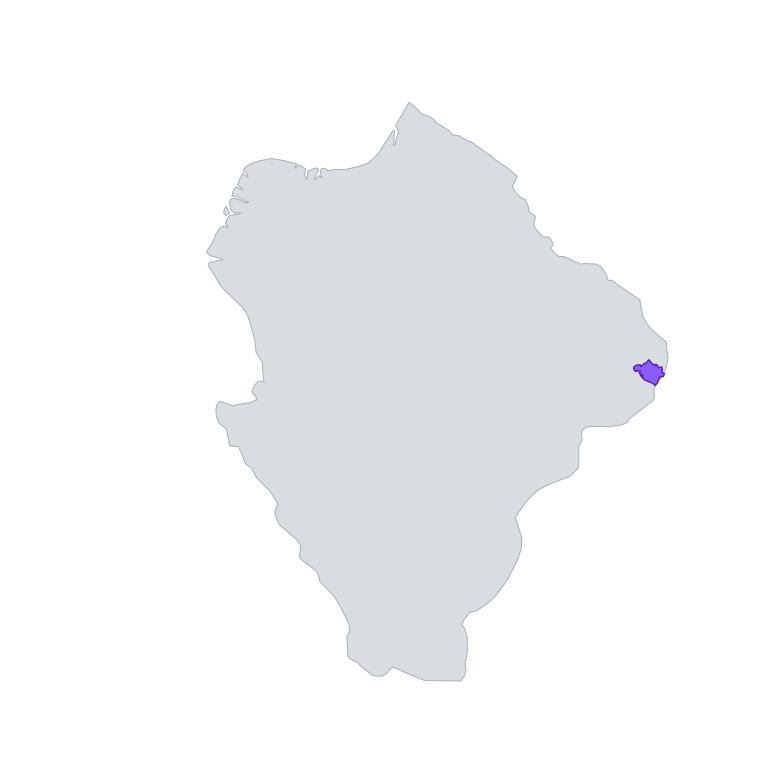 location of Tangaza, Sokoto, Nigeria, rotated 123°
{"feature_id": "59680162B53228015633193", "entity_name": "Tangaza", "entity_type": "district", "adm_level": 2, "iso_a3": "NGA", "parent_name": "Nigeria", "parent_adm1": "Sokoto", "projection": "natural_earth1", "projection_center": [5.031, 13.477], "detail": "fine", "context": "in_parent", "style": "filled", "palette": "violet", "viewbox_px": 768, "rotation_deg": 123, "n_neighbors": 0, "source": "geoboundaries", "source_scale": "gbopen_adm2", "svg_char_len": 5034}
<svg xmlns="http://www.w3.org/2000/svg" viewBox="0 0 768 768"><g transform="rotate(123 384 384)"><path d="M591.1,157.6L610.5,188.3L614.8,211.1L616.4,222.3L619.6,223.6L625.6,224.2L629.9,226.5L632.6,230.2L634.2,233.7L634.6,235.7L633.4,249.4L632.0,254.3L632.9,261.1L632.6,263.9L632.0,265.9L629.4,268.2L625.7,270.4L617.1,276.9L614.6,277.8L611.0,278.0L607.9,279.6L604.1,283.1L596.2,296.2L589.4,309.3L584.4,330.5L578.4,337.1L577.3,343.0L576.5,356.3L575.5,360.2L574.6,361.4L568.0,363.9L564.3,367.0L562.0,373.0L559.3,393.4L558.2,396.7L556.1,400.2L552.8,404.1L549.9,406.2L542.4,407.6L535.3,422.9L535.2,425.6L532.1,439.5L526.6,450.0L526.3,456.8L519.4,466.0L515.9,472.3L519.6,478.8L519.9,479.9L508.1,491.0L507.3,492.7L506.9,500.4L506.0,502.4L503.8,505.3L500.6,508.4L497.4,510.8L493.7,512.4L490.2,513.0L488.2,512.1L487.0,509.7L485.0,500.3L484.0,498.3L481.7,496.5L472.6,486.2L467.0,482.5L465.8,482.8L464.9,483.7L463.4,489.0L461.8,490.9L458.9,491.6L453.8,491.6L450.2,490.9L449.3,489.8L447.5,485.8L436.2,495.2L432.2,497.3L427.2,508.5L420.1,514.0L415.2,518.8L402.0,534.0L399.3,538.5L396.7,545.1L391.1,573.7L382.1,591.5L380.8,595.3L380.3,595.1L379.1,596.8L375.6,595.7L374.0,592.4L371.8,591.9L368.0,587.0L367.2,587.8L371.2,600.1L369.8,604.9L358.6,605.0L349.0,606.7L342.4,606.5L339.1,604.8L337.6,600.2L337.0,600.6L336.7,603.1L334.6,605.0L327.2,605.4L323.9,602.3L321.3,598.7L318.4,597.2L318.9,598.7L322.1,602.1L321.7,607.0L315.8,612.8L312.0,613.1L309.6,610.6L308.4,606.6L307.8,600.6L306.2,596.8L305.4,596.8L306.4,603.2L306.5,609.2L309.3,613.9L305.0,615.4L299.7,615.5L299.1,613.8L298.4,609.9L297.5,608.9L296.4,615.5L285.7,617.3L284.2,617.0L283.8,615.8L284.6,614.0L284.5,611.1L282.1,613.3L281.7,617.9L280.3,618.6L276.3,618.0L271.8,615.6L264.5,609.9L255.6,600.5L254.2,596.3L251.7,591.2L247.0,577.0L247.9,576.4L249.9,577.1L250.9,575.8L247.2,574.8L246.5,573.8L246.2,570.6L246.4,566.8L252.0,564.8L253.3,562.5L254.0,560.1L247.1,563.7L240.7,559.7L239.3,557.2L240.0,555.4L247.5,555.2L250.1,553.4L248.5,552.8L245.6,552.9L244.6,551.7L244.7,548.7L243.7,549.4L242.5,552.0L238.1,553.9L235.6,552.0L235.3,547.7L234.8,545.8L232.6,544.3L225.0,533.2L215.4,523.8L206.9,517.4L194.0,514.3L167.1,514.5L165.6,513.6L167.2,512.1L169.6,511.1L178.3,505.9L176.8,505.2L167.8,508.5L164.7,508.8L160.7,515.1L134.2,516.4L134.3,513.5L135.4,505.3L137.1,499.7L135.3,492.8L134.9,486.5L136.0,484.6L136.4,482.3L136.1,466.3L137.5,463.9L137.6,462.3L134.8,455.5L134.9,450.2L134.3,445.2L133.4,442.9L134.5,423.4L134.2,418.5L135.1,415.1L135.5,406.7L135.5,398.4L137.3,385.4L148.6,383.7L151.4,378.6L153.0,372.1L152.5,365.7L156.2,360.2L160.6,355.2L160.5,349.7L161.7,348.1L163.8,346.8L166.8,346.2L170.2,343.4L172.1,338.7L174.0,331.1L171.1,325.8L171.1,324.6L172.2,321.8L174.0,318.9L175.4,318.0L178.7,318.7L179.8,317.6L181.9,309.2L181.7,306.9L178.7,301.3L177.0,286.1L176.1,284.1L173.7,281.3L167.4,270.6L167.5,265.6L170.2,259.1L171.9,255.9L174.4,254.2L174.8,252.7L174.1,250.9L172.9,249.5L172.6,246.6L173.8,242.5L173.5,238.1L174.1,215.1L179.3,210.6L186.8,203.1L190.6,195.3L192.6,189.4L195.2,169.7L199.1,167.6L206.6,160.4L216.8,156.2L223.5,154.9L235.1,155.8L241.0,155.0L246.0,151.1L248.3,150.1L251.4,149.4L280.4,159.6L283.1,159.2L285.3,159.9L288.9,162.6L297.4,172.1L306.4,186.9L309.2,190.0L312.0,191.7L314.9,192.3L317.0,192.1L319.1,190.7L321.9,187.9L326.1,186.6L329.6,186.9L347.6,175.6L349.4,175.4L360.5,177.9L375.6,189.2L388.0,196.6L396.7,199.1L406.9,200.9L424.3,201.4L437.3,185.5L442.1,182.0L448.0,178.9L460.2,176.0L480.4,173.9L499.3,174.8L511.1,177.5L523.6,182.7L529.0,187.7L537.4,188.5L543.5,187.5L545.4,182.6L551.4,176.1L560.4,170.1L567.8,166.0L573.9,164.1L579.3,159.3L583.6,157.8L591.1,157.6ZM327.9,611.7L323.8,613.2L321.1,612.9L324.8,606.4L326.7,607.8L329.0,608.4L327.9,611.7Z" fill="#d9dde1" stroke="#a8b0b8" stroke-width="1"/><path d="M233.8,183.7L234.2,183.5L234.6,183.4L234.9,183.2L235.2,182.9L235.3,182.8L235.6,182.2L235.7,181.8L236.0,181.2L236.1,180.9L236.2,180.7L236.5,180.0L236.5,179.9L236.2,179.8L235.6,179.2L235.4,178.7L234.9,178.0L234.1,177.3L233.9,176.9L233.8,176.5L233.8,175.8L236.1,175.7L236.0,174.9L236.0,174.6L236.0,174.3L235.9,173.5L236.3,173.5L237.2,173.6L237.3,173.1L237.3,172.6L237.0,172.5L236.8,172.4L235.8,172.1L235.8,171.3L237.3,171.1L237.9,171.2L238.0,170.9L238.1,170.6L238.2,169.9L238.2,169.7L238.3,169.6L238.3,169.3L238.4,168.9L238.4,168.4L238.4,168.2L238.5,167.9L238.6,167.0L238.6,166.7L238.1,165.2L238.0,164.9L238.0,164.5L237.9,163.4L237.3,161.2L237.1,157.6L237.5,156.5L237.5,155.7L234.1,155.3L231.1,156.1L228.8,156.2L227.0,155.6L225.6,153.9L224.1,154.2L222.7,154.5L222.8,157.3L220.4,158.5L218.5,160.3L220.8,163.0L219.3,165.5L219.5,166.7L220.2,166.8L221.0,166.8L220.8,168.4L220.9,170.2L219.5,174.9L222.4,175.6L224.8,175.8L225.0,177.0L225.7,176.9L227.1,177.1L228.1,177.8L228.9,177.6L229.3,177.9L229.4,178.1L229.2,178.3L229.0,178.5L228.9,178.6L228.7,178.8L228.6,179.1L228.4,179.5L228.8,180.0L229.2,180.2L229.4,180.6L229.5,181.2L229.9,181.4L231.0,182.6L231.5,183.0L231.9,183.1L232.4,183.3L232.7,183.4L233.8,183.7Z" fill="#8b5cf6" stroke="#5b21b6" stroke-width="1.5"/></g></svg>